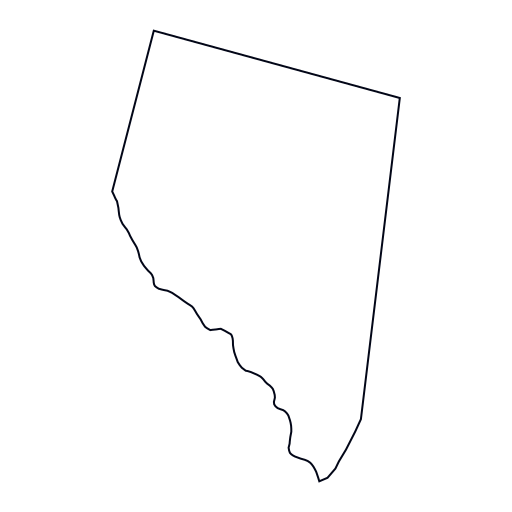 Rameau, Micoud, Saint Lucia (Natural Earth projection)
{"feature_id": "8701671B91973054912616", "entity_name": "Rameau", "entity_type": "district", "adm_level": 2, "iso_a3": "LCA", "parent_name": "Saint Lucia", "parent_adm1": "Micoud", "projection": "natural_earth1", "projection_center": [-60.925, 13.83], "detail": "fine", "context": "isolated", "style": "outline", "palette": "ink", "viewbox_px": 512, "rotation_deg": 0, "n_neighbors": 0, "source": "geoboundaries", "source_scale": "gbopen_adm2", "svg_char_len": 1852}
<svg xmlns="http://www.w3.org/2000/svg" viewBox="0 0 512 512"><path d="M399.8,98.0L153.8,30.7L112.2,191.5L114.1,195.5L115.0,197.6L116.1,199.8L117.0,201.2L118.4,207.9L118.7,210.8L119.2,214.9L119.7,217.1L120.7,220.0L122.5,223.8L125.0,227.2L126.7,229.3L128.9,233.1L130.0,235.7L132.2,239.8L134.0,242.8L135.3,244.9L136.7,247.4L138.1,251.2L138.9,254.1L139.6,257.4L141.2,261.4L143.2,264.6L144.2,266.1L146.3,268.6L148.1,270.7L149.9,272.4L150.9,273.4L152.1,275.1L153.3,278.1L153.6,280.9L153.7,282.4L154.1,284.4L154.9,286.0L156.5,287.3L158.7,288.7L161.6,289.5L164.2,290.1L167.4,290.7L169.9,291.8L172.2,292.9L175.6,295.2L178.5,297.1L182.0,299.7L184.2,301.3L187.7,303.7L189.8,305.0L192.0,306.5L193.5,308.2L195.4,311.3L196.9,313.9L198.8,316.7L200.6,319.3L202.6,323.1L204.2,325.5L205.1,326.8L207.0,328.2L208.9,329.3L210.3,330.1L212.3,329.8L216.4,329.4L218.8,329.0L220.8,328.8L224.8,330.8L228.8,333.1L230.7,334.1L231.5,335.1L232.0,336.3L232.6,338.4L232.9,340.8L233.0,345.1L233.5,348.4L234.2,352.0L235.4,355.7L235.9,357.0L236.9,359.7L237.7,362.0L239.7,365.1L241.8,367.7L243.1,368.7L245.7,370.7L247.8,371.1L251.0,372.1L253.5,373.2L256.8,374.6L259.8,376.2L260.9,376.9L262.4,378.3L263.5,379.5L265.2,381.7L267.1,383.6L268.7,384.8L269.7,385.5L271.7,387.5L272.8,388.9L273.7,391.1L274.7,394.9L274.9,397.5L274.6,399.0L273.9,401.9L274.2,404.3L275.4,406.2L277.6,408.1L280.1,409.1L283.1,410.1L284.8,411.2L286.6,413.0L287.8,414.6L288.5,415.9L290.0,420.4L290.6,422.8L291.1,425.7L291.3,428.8L291.3,431.8L290.3,437.1L289.8,441.2L289.6,443.7L288.6,447.7L289.1,450.5L289.9,452.8L291.1,454.1L292.7,455.3L294.9,456.5L300.6,458.6L304.8,459.8L307.7,461.0L310.2,462.7L311.7,464.3L313.4,466.6L314.6,468.7L315.9,471.2L316.3,472.1L318.2,477.7L319.3,481.3L327.5,477.8L335.4,468.6L338.9,461.4L346.0,449.6L355.2,431.6L360.9,419.2L399.8,98.0Z" fill="none" stroke="#020617" stroke-width="2"/></svg>